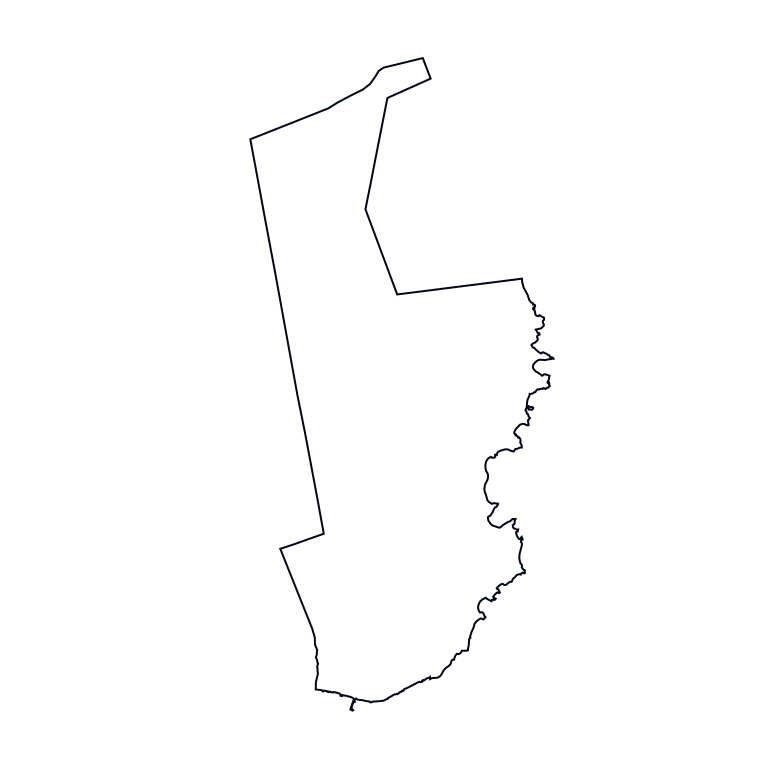 outline of Aleipata itupa i Lalo, Atua, Samoa, rotated 69°
{"feature_id": "51752279B65562050624331", "entity_name": "Aleipata itupa i Lalo", "entity_type": "district", "adm_level": 2, "iso_a3": "WSM", "parent_name": "Samoa", "parent_adm1": "Atua", "projection": "mercator", "projection_center": [-171.461, -13.991], "detail": "fine", "context": "isolated", "style": "outline", "palette": "ink", "viewbox_px": 768, "rotation_deg": 69, "n_neighbors": 0, "source": "geoboundaries", "source_scale": "gbopen_adm2", "svg_char_len": 5284}
<svg xmlns="http://www.w3.org/2000/svg" viewBox="0 0 768 768"><g transform="rotate(69 384 384)"><path d="M179.2,434.4L220.1,441.9L237.2,445.0L263.3,449.9L363.8,468.9L401.6,475.3L465.7,487.0L502.2,493.9L501.8,508.9L501.4,524.7L500.7,539.9L587.6,538.7L589.0,539.0L592.0,539.1L596.0,539.5L602.5,541.8L608.5,541.7L610.0,542.7L612.2,543.5L614.8,545.5L618.9,545.5L619.7,546.0L621.3,545.7L623.9,547.7L625.4,547.9L628.5,549.0L630.6,549.4L638.1,554.5L644.7,557.2L646.9,553.0L647.8,551.6L649.0,551.4L649.3,550.4L648.8,549.7L650.6,546.8L651.1,547.1L651.8,546.1L651.8,544.7L652.7,544.0L653.7,542.3L653.3,541.8L655.1,538.9L657.0,536.6L658.6,535.6L659.4,536.3L660.4,535.0L659.7,534.0L661.2,531.6L664.2,527.3L666.0,525.5L667.4,525.0L674.7,531.2L675.9,532.0L677.6,530.4L677.5,529.7L676.0,530.3L674.6,530.3L671.6,528.1L670.7,527.2L670.2,524.9L668.6,525.2L667.9,524.2L667.6,522.7L668.8,522.1L670.0,520.4L670.9,518.3L673.4,514.6L675.3,511.2L676.1,511.1L676.7,509.5L676.4,508.5L677.9,503.9L679.2,499.2L679.5,497.6L679.2,495.8L679.2,493.3L678.7,493.1L678.3,490.2L677.5,485.2L677.9,484.6L678.0,482.1L678.3,482.1L677.9,480.2L677.4,480.0L677.4,478.2L676.9,477.2L677.5,476.6L677.1,475.4L676.5,475.3L676.2,474.2L675.9,469.6L674.8,460.1L674.6,458.0L675.6,456.3L675.6,455.0L674.6,454.8L674.5,453.2L675.1,453.0L674.1,449.2L674.5,446.8L674.2,446.1L676.0,446.7L675.8,444.4L677.3,439.6L677.1,437.1L676.3,435.2L673.1,431.4L671.8,429.3L670.8,426.6L670.6,425.0L669.4,422.2L667.5,420.9L666.5,420.1L666.0,418.6L666.5,417.3L665.2,416.6L663.2,414.8L662.0,412.8L663.0,411.0L662.7,409.1L662.2,408.3L660.9,406.9L662.6,402.5L662.6,400.9L661.0,400.3L657.9,398.3L652.6,395.9L651.8,394.2L650.9,394.3L647.2,391.4L643.5,387.7L640.6,385.6L638.9,383.2L637.8,379.6L637.5,377.7L639.5,375.4L639.0,374.2L638.2,373.7L637.9,372.8L636.3,373.4L633.7,373.4L632.0,374.4L631.9,376.2L630.6,376.6L628.6,376.7L626.3,376.3L624.0,374.9L622.5,373.4L621.3,371.9L620.5,369.6L620.1,367.1L620.1,365.5L621.2,365.1L625.3,361.5L624.4,360.9L624.2,359.4L625.0,358.9L625.1,357.6L624.5,356.7L623.9,357.3L621.8,358.3L620.0,355.5L619.2,352.9L620.4,351.7L620.2,350.6L616.6,350.8L616.1,351.8L615.1,352.0L613.9,349.9L612.9,346.5L613.2,344.7L614.7,343.8L615.3,342.0L614.3,339.4L613.8,337.2L614.4,335.7L612.1,333.4L611.3,331.0L609.9,328.5L610.1,325.5L610.9,324.6L610.3,324.2L609.8,322.4L611.0,321.0L610.8,320.0L609.8,320.1L608.5,319.3L607.1,320.5L604.5,321.1L602.7,320.1L599.7,320.9L596.8,320.5L594.6,319.9L591.4,318.4L590.0,317.5L586.7,315.0L583.6,312.9L581.9,312.3L580.5,312.8L578.7,311.5L578.9,310.3L576.1,310.3L576.5,311.1L577.8,311.5L577.6,312.6L576.9,313.6L573.6,314.3L570.4,314.1L569.5,313.5L569.5,312.0L567.9,310.9L567.5,312.2L564.8,314.7L564.1,314.9L561.9,314.4L561.4,312.6L560.6,311.8L558.8,311.2L557.2,309.6L556.1,312.4L557.4,315.6L557.2,316.7L557.4,319.0L558.4,323.7L559.2,325.7L559.6,327.7L555.2,333.2L553.3,334.4L549.0,335.5L546.1,335.0L545.4,334.4L544.9,331.7L541.8,327.6L540.1,326.2L539.1,324.7L538.8,322.6L536.9,320.4L536.3,320.6L535.9,322.0L534.8,323.6L534.4,326.5L530.9,328.7L529.7,329.1L523.6,328.5L521.4,328.6L518.6,328.2L515.1,326.4L513.9,325.5L510.3,321.5L507.4,319.8L505.2,319.3L501.9,319.8L498.8,319.4L495.8,318.3L493.3,316.7L491.3,314.4L490.6,312.6L490.3,310.2L491.3,309.9L492.3,307.6L491.9,306.2L489.9,305.7L490.6,304.0L489.7,303.8L488.4,302.2L488.0,299.5L488.3,294.9L489.0,292.7L490.1,291.0L491.6,289.8L493.5,287.2L491.8,284.6L492.2,283.4L492.1,279.6L492.7,278.1L490.8,277.5L487.5,277.8L486.1,276.9L484.1,276.5L482.3,277.0L482.3,277.9L480.7,278.0L479.1,279.5L478.5,278.9L476.8,280.1L475.4,279.4L473.3,277.0L470.7,271.6L470.9,268.8L471.4,267.6L473.7,265.4L474.3,263.8L469.5,262.6L468.1,260.0L466.0,260.6L463.9,260.4L462.7,261.2L460.8,260.9L459.2,261.3L457.5,259.9L457.2,259.2L457.7,258.1L459.7,258.1L460.0,256.8L461.0,255.5L460.7,254.0L459.8,253.2L458.6,253.8L458.0,255.6L456.5,256.9L456.8,257.8L455.7,258.6L452.4,257.0L450.3,255.8L447.1,252.5L445.4,251.6L445.9,250.7L446.1,247.9L445.5,246.7L445.8,245.6L444.6,244.1L444.0,242.3L444.7,241.6L444.6,239.5L445.5,237.5L444.9,236.9L445.6,235.6L446.5,235.2L446.0,233.0L446.3,232.5L445.3,229.9L443.7,230.1L442.9,229.5L441.5,229.5L441.9,230.5L441.3,230.9L438.6,228.2L437.5,227.8L435.6,226.5L432.8,229.9L432.3,231.2L432.9,232.3L432.9,233.5L431.6,234.1L428.2,236.5L426.4,238.0L423.1,239.1L421.6,239.0L419.4,237.6L417.7,234.5L417.0,231.5L417.4,229.2L419.4,225.0L419.6,223.1L421.1,216.7L419.9,217.0L418.2,219.4L416.6,219.3L415.8,220.4L414.0,221.4L413.3,222.4L411.5,223.9L411.3,224.9L411.8,226.0L411.1,227.1L408.3,228.9L405.3,230.4L404.6,230.5L403.1,232.0L400.4,232.4L399.5,230.4L399.5,228.2L398.2,224.9L396.8,224.2L395.2,224.4L393.9,223.5L393.6,221.0L392.2,220.9L391.5,222.1L387.6,222.8L388.1,219.5L388.3,217.3L387.0,214.1L385.4,213.4L383.6,213.7L382.0,213.0L381.4,211.6L379.6,210.8L375.5,214.3L376.0,215.1L375.0,217.1L373.4,217.8L369.9,217.0L367.9,217.8L367.6,216.8L366.6,217.5L366.0,216.8L365.9,215.2L364.6,214.8L363.7,215.3L363.3,216.4L362.0,216.1L360.2,217.6L357.4,218.3L352.3,218.0L343.6,219.1L338.7,218.5L335.1,217.5L305.1,339.6L214.2,338.7L193.1,325.3L160.0,304.6L118.2,278.3L115.6,231.0L93.6,231.0L88.5,271.0L89.8,276.7L93.8,281.8L98.9,289.5L101.5,298.1L102.8,311.6L104.5,325.9L106.7,337.3L107.6,421.1L147.1,428.4L165.5,431.8L179.2,434.4Z" fill="none" stroke="#020617" stroke-width="2"/></g></svg>